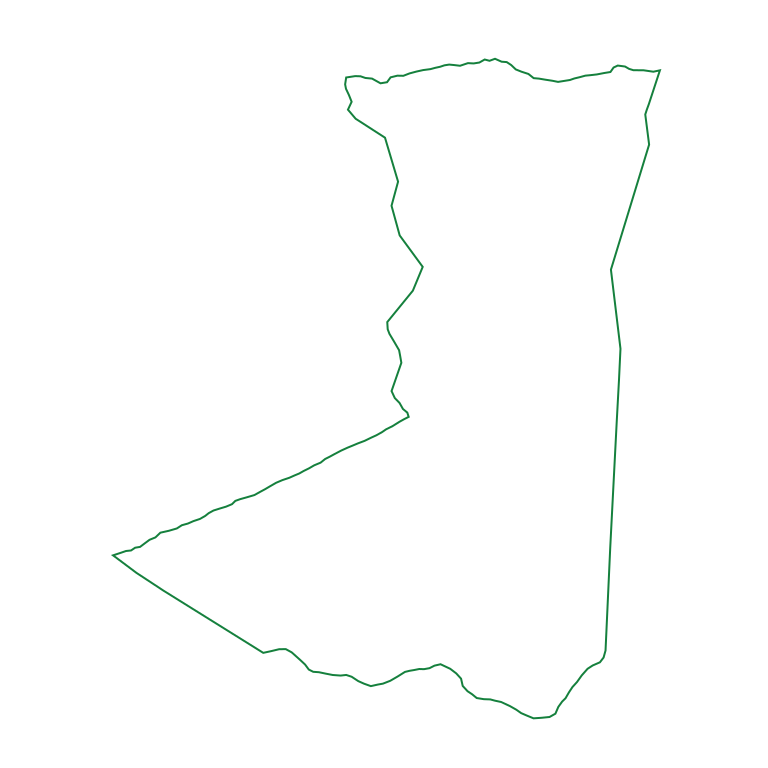 Boninal, Bahia, Brazil, rotated 92°
{"feature_id": "56859067B83846349550781", "entity_name": "Boninal", "entity_type": "district", "adm_level": 2, "iso_a3": "BRA", "parent_name": "Brazil", "parent_adm1": "Bahia", "projection": "mercator", "projection_center": [-41.805, -12.826], "detail": "fine", "context": "isolated", "style": "outline", "palette": "green", "viewbox_px": 768, "rotation_deg": 92, "n_neighbors": 0, "source": "geoboundaries", "source_scale": "gbopen_adm2", "svg_char_len": 2568}
<svg xmlns="http://www.w3.org/2000/svg" viewBox="0 0 768 768"><g transform="rotate(92 384 384)"><path d="M642.6,153.3L539.7,152.2L413.5,150.1L372.0,149.3L340.5,148.9L261.8,161.2L135.5,127.4L105.5,132.3L100.6,130.9L95.1,129.1L60.9,119.2L62.5,125.7L61.4,135.7L61.7,145.7L60.5,150.1L58.3,154.2L57.6,161.5L59.7,165.6L64.3,168.6L65.5,174.7L67.2,182.1L68.2,188.8L68.8,193.5L70.5,199.0L72.0,204.4L73.7,208.8L76.0,220.6L75.1,226.1L74.2,233.7L73.4,239.7L73.1,245.1L69.1,250.5L67.1,257.5L65.0,263.3L60.8,268.0L58.0,272.6L57.8,277.7L55.1,284.4L57.3,289.8L56.2,294.7L59.4,299.9L60.5,305.6L60.4,311.3L63.3,319.1L62.8,325.1L62.5,330.0L63.4,334.7L65.0,339.0L66.2,343.7L67.7,348.6L68.9,355.8L70.6,362.4L72.7,369.3L75.3,375.4L75.4,381.4L77.3,388.1L82.3,391.5L83.6,398.0L79.2,406.6L78.8,413.3L77.3,418.2L77.3,423.5L79.0,432.5L85.9,433.3L90.3,432.3L96.5,429.1L103.1,426.2L111.1,429.6L119.9,421.6L137.8,391.6L181.3,377.0L205.6,382.7L235.0,373.5L265.6,349.4L289.7,358.4L322.0,382.9L329.2,382.2L333.7,380.3L340.8,375.7L349.7,370.1L355.5,368.8L362.2,367.4L390.8,376.2L397.7,372.7L402.4,367.8L408.3,364.2L411.8,359.7L416.0,358.2L418.3,362.4L421.2,367.2L425.8,374.0L429.2,380.3L432.1,384.2L435.5,389.8L438.1,395.0L441.5,401.4L444.3,408.1L446.7,413.3L448.9,418.2L452.0,424.4L455.7,430.9L458.6,435.8L461.0,440.2L464.8,444.6L467.7,450.9L470.9,456.0L473.7,461.2L476.4,465.6L478.5,470.2L481.0,475.3L483.6,482.2L486.5,488.4L490.3,494.5L493.3,499.2L496.4,504.5L499.5,509.6L501.9,516.8L504.1,523.7L506.0,528.5L509.4,531.7L512.1,537.6L514.2,543.8L516.4,550.0L519.2,554.7L522.1,558.1L525.3,563.3L527.7,569.7L530.3,575.1L532.2,581.1L535.6,586.0L538.2,593.9L540.4,602.3L545.3,607.1L547.9,612.9L551.9,617.9L555.3,622.1L556.3,627.0L559.2,631.0L559.9,636.0L561.9,641.2L564.7,648.8L581.4,624.8L598.2,597.2L656.9,495.3L654.9,487.4L652.7,479.5L652.4,472.9L655.4,466.9L658.9,462.7L663.0,457.8L667.1,453.1L672.0,449.2L674.1,444.7L674.3,439.0L675.5,432.1L676.6,425.1L676.9,417.2L676.1,411.6L677.7,406.1L681.8,399.4L684.2,393.5L686.4,386.6L684.6,379.7L683.5,374.6L680.4,367.4L675.8,360.1L671.0,353.0L669.7,348.3L668.8,343.9L667.6,338.8L667.6,334.1L666.4,328.6L663.7,323.7L662.1,317.7L666.3,307.9L670.7,301.7L675.8,296.7L683.0,294.8L688.1,289.8L691.0,285.1L694.6,280.4L695.5,273.2L695.5,266.8L696.6,262.1L697.7,255.9L701.5,246.9L704.9,240.4L708.1,235.5L710.3,229.9L712.9,222.9L712.1,215.0L711.0,206.9L707.5,201.2L700.6,198.5L695.2,194.9L691.7,191.6L685.7,188.4L680.3,185.1L675.1,180.7L668.3,176.2L661.5,170.6L658.0,165.6L654.6,158.5L649.7,155.0L642.6,153.3Z" fill="none" stroke="#15803d" stroke-width="2"/></g></svg>